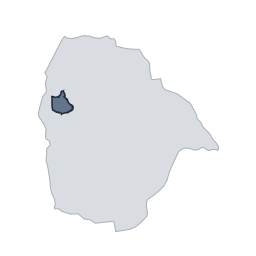 Bikita, Masvingo, Zimbabwe (highlighted), rotated 171°
{"feature_id": "62879985B26822606878793", "entity_name": "Bikita", "entity_type": "district", "adm_level": 2, "iso_a3": "ZWE", "parent_name": "Zimbabwe", "parent_adm1": "Masvingo", "projection": "equal_earth", "projection_center": [31.804, -20.202], "detail": "fine", "context": "in_parent", "style": "filled", "palette": "slate", "viewbox_px": 256, "rotation_deg": 171, "n_neighbors": 0, "source": "geoboundaries", "source_scale": "gbopen_adm2", "svg_char_len": 5423}
<svg xmlns="http://www.w3.org/2000/svg" viewBox="0 0 256 256"><g transform="rotate(171 128 128)"><path d="M176.4,228.4L174.4,226.7L171.7,225.6L168.3,225.1L163.8,225.3L158.3,226.2L152.4,225.1L146.1,222.0L140.8,220.9L134.6,222.2L134.3,222.3L133.2,221.2L131.5,218.9L128.6,218.5L127.8,218.0L127.2,217.1L126.8,216.0L126.6,214.8L127.0,211.0L126.8,210.6L126.0,210.1L124.4,209.7L120.7,208.0L115.9,206.3L108.2,204.5L105.2,204.0L104.5,203.4L103.6,202.0L102.1,197.7L100.7,194.8L97.4,190.4L96.8,189.0L96.9,185.5L97.2,182.6L97.5,180.2L97.3,177.9L97.2,175.1L97.3,173.2L96.9,172.4L95.7,171.9L92.2,171.6L88.1,171.7L87.9,168.8L87.5,164.4L86.7,161.9L85.7,160.5L83.8,159.1L79.9,157.2L74.6,154.4L70.1,150.1L64.9,144.8L63.2,143.9L61.3,138.9L58.3,130.3L58.4,127.4L58.0,126.1L55.1,121.8L54.4,119.7L53.9,117.4L49.3,111.3L47.8,108.6L46.6,105.1L45.4,102.3L44.4,101.2L43.1,99.3L42.2,97.2L41.7,95.6L42.0,93.4L42.5,92.0L46.8,93.5L49.1,93.6L50.9,92.9L53.2,93.9L55.9,96.7L58.9,97.2L62.0,95.5L66.3,96.0L71.8,98.8L76.3,99.3L81.6,96.9L86.3,90.0L90.7,83.6L95.1,76.1L97.7,70.1L101.6,65.2L106.7,61.4L112.0,58.2L120.0,54.3L121.6,51.0L122.1,47.5L122.0,42.6L122.4,39.4L123.3,38.0L124.6,36.8L126.3,35.4L131.6,31.6L136.0,29.2L141.4,27.7L147.4,27.6L153.1,27.6L156.3,27.6L156.4,32.4L156.6,37.7L157.3,38.2L161.6,38.3L168.4,38.7L175.1,39.0L179.3,42.9L180.7,43.7L185.1,44.7L190.8,51.2L197.5,51.8L202.2,53.8L206.3,56.0L208.6,58.6L210.1,59.2L212.2,59.4L213.2,59.7L213.0,61.6L211.6,64.8L211.8,69.4L213.6,75.8L213.9,81.3L213.3,91.1L213.3,100.6L213.5,104.0L213.8,106.2L214.2,107.4L214.1,108.8L213.0,112.8L212.0,117.0L212.0,118.6L211.7,119.8L211.0,120.8L208.1,122.8L207.5,124.0L207.6,126.1L207.9,127.9L209.0,128.6L210.3,129.6L210.9,131.0L210.9,132.4L210.4,135.0L209.2,139.4L210.4,144.4L211.7,147.7L213.5,151.5L214.3,153.8L214.2,155.5L214.0,157.1L211.2,164.0L209.3,168.2L206.9,172.8L203.7,175.7L202.9,177.1L202.6,178.6L202.7,182.1L202.5,185.6L199.8,191.1L201.5,195.9L201.1,196.3L200.2,197.0L196.3,202.3L192.4,207.7L189.5,211.6L186.3,216.1L182.6,221.1L179.5,225.3L176.4,228.4Z" fill="#d9dde1" stroke="#a8b0b8" stroke-width="1"/><path d="M199.6,157.5L199.4,157.2L199.1,157.0L198.8,157.0L198.6,157.0L198.5,156.9L198.3,156.9L198.2,156.7L198.0,156.4L197.9,156.4L197.7,156.3L197.6,156.2L197.4,156.1L197.2,155.8L197.0,155.7L196.7,155.5L196.6,155.4L196.5,154.9L196.4,154.7L195.7,154.7L195.2,154.6L194.5,154.7L194.2,154.7L194.0,154.4L193.9,154.2L193.8,153.7L193.7,153.7L193.4,153.5L193.2,153.5L192.9,153.5L192.7,153.6L192.4,153.5L192.1,153.3L191.9,153.2L191.7,153.1L191.6,152.9L191.5,152.7L191.5,152.2L191.4,152.3L191.2,152.2L190.9,152.3L190.6,152.4L190.4,152.4L190.2,152.5L189.9,152.6L189.7,152.6L189.0,152.6L188.8,152.7L188.3,152.8L188.0,153.0L187.9,153.0L187.6,152.9L187.3,152.8L187.0,152.9L186.9,152.8L186.5,152.7L186.4,152.7L186.2,152.7L185.9,152.6L185.7,152.6L185.3,152.6L185.2,152.6L185.1,152.8L185.0,153.0L184.9,153.0L184.7,153.0L184.7,153.3L184.4,153.3L184.2,153.3L184.1,153.2L183.9,152.9L183.8,153.0L183.7,153.5L183.3,153.7L183.2,153.7L182.8,153.8L182.8,154.0L182.2,154.2L182.0,153.8L181.9,153.7L181.8,153.8L181.7,153.9L181.5,154.0L181.4,154.1L181.1,154.2L180.9,154.1L180.6,154.6L180.6,154.8L180.4,154.6L180.2,154.6L179.9,154.8L179.8,155.1L179.6,155.0L179.0,156.7L179.1,157.3L179.0,157.5L178.9,157.6L179.3,158.6L179.7,158.2L179.7,158.4L179.8,158.4L179.8,158.5L180.0,158.8L180.0,159.0L180.2,159.3L180.3,159.3L180.4,159.5L180.4,159.8L180.5,159.9L180.8,160.0L181.0,160.1L181.3,160.0L181.5,160.2L181.9,160.5L181.9,160.8L181.8,161.0L181.9,161.3L182.0,161.3L182.1,161.5L182.3,161.6L182.5,161.9L182.6,162.0L182.8,162.0L183.0,162.2L183.1,162.3L183.1,162.5L183.1,163.0L183.1,163.4L183.0,163.5L183.1,163.8L183.1,164.0L183.3,164.2L183.4,164.3L183.4,164.5L183.5,164.6L183.7,164.8L183.6,165.0L183.5,165.3L183.5,165.5L183.4,165.9L183.5,166.0L183.9,166.1L184.0,166.1L184.0,166.3L184.2,166.5L184.3,166.5L184.5,166.6L184.4,166.8L184.5,167.0L184.8,167.1L184.9,167.3L184.9,167.2L185.0,167.3L185.1,167.5L185.4,167.6L185.5,167.7L185.5,167.8L185.8,168.0L186.0,168.1L185.9,168.1L185.9,168.4L186.0,168.4L186.1,168.5L185.9,168.5L185.7,168.7L185.6,168.8L185.5,169.0L185.4,169.1L185.5,169.2L185.5,169.3L185.3,169.5L185.3,169.8L185.2,170.0L185.0,170.3L185.4,171.3L185.3,171.5L185.3,171.8L185.3,172.0L185.5,172.1L185.5,172.3L185.5,172.5L185.6,172.8L185.6,173.0L185.8,173.3L185.8,173.5L185.9,173.8L186.0,174.0L186.3,174.2L186.4,174.3L186.3,174.5L186.5,174.4L186.6,174.5L187.0,174.7L187.1,174.8L187.4,174.8L188.3,174.3L188.7,173.3L188.8,172.9L189.1,172.0L190.2,171.0L191.3,170.1L191.3,169.9L191.4,170.0L191.5,169.8L191.8,169.6L192.1,169.5L192.3,169.7L192.4,169.8L193.0,169.8L193.4,169.7L193.6,169.7L193.9,169.6L194.2,169.6L194.3,169.6L194.6,169.6L194.8,169.6L195.1,169.6L195.3,169.7L195.5,169.8L195.8,169.9L195.9,170.0L196.0,170.1L196.2,170.3L196.3,170.5L196.5,170.5L197.1,170.7L197.3,170.7L197.5,170.8L197.9,170.9L197.9,171.0L198.0,171.0L198.3,171.0L198.3,170.5L198.4,170.1L198.4,169.9L198.4,169.7L198.4,169.3L198.5,169.0L198.5,168.9L198.5,168.6L198.5,168.4L198.6,168.0L198.6,167.7L198.7,167.3L198.7,167.2L198.8,166.9L198.8,166.7L198.9,166.0L199.0,165.5L199.1,165.2L199.1,164.8L199.2,163.9L199.3,163.6L199.3,163.3L199.3,163.1L199.3,162.8L199.5,162.4L199.5,162.2L199.5,161.7L199.5,161.4L199.6,160.9L199.5,160.7L199.5,160.4L199.6,160.2L199.7,159.9L199.7,159.7L199.5,159.2L199.5,158.8L199.5,158.5L199.6,158.1L199.6,157.9L199.6,157.6L199.6,157.5Z" fill="#64748b" stroke="#1e293b" stroke-width="1.5"/></g></svg>